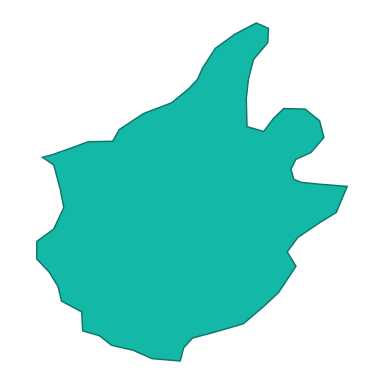 outline of Östra Göinge, Skåne, Sweden
{"feature_id": "70781695B77141748378348", "entity_name": "Östra Göinge", "entity_type": "district", "adm_level": 2, "iso_a3": "SWE", "parent_name": "Sweden", "parent_adm1": "Skåne", "projection": "equal_earth", "projection_center": [14.184, 56.312], "detail": "fine", "context": "isolated", "style": "filled", "palette": "teal", "viewbox_px": 384, "rotation_deg": 0, "n_neighbors": 0, "source": "geoboundaries", "source_scale": "gbopen_adm2", "svg_char_len": 836}
<svg xmlns="http://www.w3.org/2000/svg" viewBox="0 0 384 384"><path d="M82.7,330.9L99.4,335.7L111.6,345.3L132.7,350.1L152.0,358.6L180.2,361.0L183.7,347.7L192.5,338.1L218.8,330.9L243.4,323.7L264.5,305.7L278.5,292.6L296.0,266.2L287.2,251.9L297.8,237.5L318.8,223.2L336.3,212.4L347.2,186.4L319.6,184.2L300.9,182.3L293.8,179.3L290.9,169.1L295.9,159.3L311.0,152.5L323.9,137.4L319.6,120.8L305.2,109.1L283.6,108.6L273.6,118.3L263.6,131.5L247.0,126.6L246.3,98.4L248.4,79.4L253.5,59.5L267.8,42.5L268.5,28.4L256.3,23.0L234.8,34.2L215.4,48.3L202.5,68.2L197.5,79.4L188.9,88.6L171.6,102.8L143.6,113.5L119.2,129.6L112.7,141.3L88.3,141.7L69.6,148.6L51.7,154.9L42.5,157.3L53.8,165.0L60.5,190.2L63.8,207.7L53.7,229.1L36.8,241.4L36.8,259.0L49.1,272.0L58.1,286.6L61.5,301.1L81.7,311.9L82.7,330.9Z" fill="#14b8a6" stroke="#0f766e" stroke-width="1.5"/></svg>